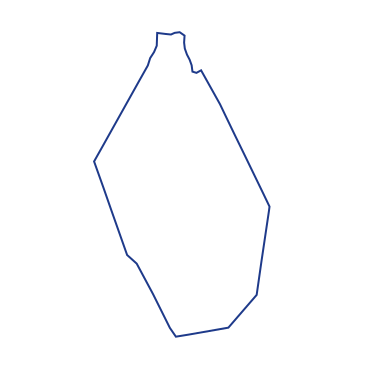 Porteiras, Ceará, Brazil (Robinson projection), rotated 208°
{"feature_id": "56859067B96869149355187", "entity_name": "Porteiras", "entity_type": "district", "adm_level": 2, "iso_a3": "BRA", "parent_name": "Brazil", "parent_adm1": "Ceará", "projection": "robinson", "projection_center": [-39.083, -7.546], "detail": "fine", "context": "isolated", "style": "outline", "palette": "blue", "viewbox_px": 384, "rotation_deg": 208, "n_neighbors": 0, "source": "geoboundaries", "source_scale": "gbopen_adm2", "svg_char_len": 673}
<svg xmlns="http://www.w3.org/2000/svg" viewBox="0 0 384 384"><g transform="rotate(208 192 192)"><path d="M147.7,61.6L138.3,56.7L127.9,64.6L96.2,89.3L86.6,131.5L97.8,162.5L115.2,211.5L116.7,215.5L128.1,223.9L163.7,249.9L181.2,262.6L199.6,276.1L208.4,282.6L241.1,303.7L244.0,299.3L248.1,298.5L251.8,303.7L256.2,307.7L261.0,311.0L265.7,315.3L269.1,320.2L272.0,326.6L277.9,327.3L282.0,324.4L284.5,321.2L289.6,319.1L297.4,316.1L291.8,304.6L291.2,297.7L291.8,290.6L290.4,283.0L290.8,266.1L291.4,237.0L292.4,189.5L292.5,185.2L292.8,173.0L272.4,154.4L268.5,150.8L255.3,138.6L219.7,105.9L207.2,102.8L178.4,83.5L147.7,61.6Z" fill="none" stroke="#1e3a8a" stroke-width="2"/></g></svg>